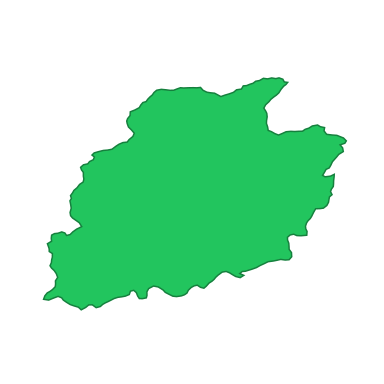 outline of Pitangui, Minas Gerais, Brazil, rotated 264°
{"feature_id": "56859067B91667703036850", "entity_name": "Pitangui", "entity_type": "district", "adm_level": 2, "iso_a3": "BRA", "parent_name": "Brazil", "parent_adm1": "Minas Gerais", "projection": "equal_earth", "projection_center": [-44.886, -19.589], "detail": "fine", "context": "isolated", "style": "filled", "palette": "green", "viewbox_px": 384, "rotation_deg": 264, "n_neighbors": 0, "source": "geoboundaries", "source_scale": "gbopen_adm2", "svg_char_len": 3551}
<svg xmlns="http://www.w3.org/2000/svg" viewBox="0 0 384 384"><g transform="rotate(264 192 192)"><path d="M226.7,350.8L229.9,348.3L231.4,345.4L233.2,342.0L234.1,337.0L235.3,331.9L239.0,329.7L242.2,330.6L243.5,326.5L245.5,323.9L245.1,318.5L243.3,314.9L242.5,311.1L240.9,308.2L241.2,304.9L241.4,300.5L242.0,296.6L242.1,291.9L240.8,288.0L239.6,284.0L241.4,280.5L243.7,277.3L245.3,274.2L248.9,274.0L252.4,273.2L255.2,273.6L258.9,274.6L262.4,274.6L264.9,273.7L267.9,272.2L271.1,274.4L273.7,277.9L275.9,280.1L277.8,283.0L279.5,286.0L281.5,288.7L284.8,291.3L287.6,294.2L289.1,296.7L291.0,298.6L291.8,295.3L294.7,294.1L296.4,290.5L296.0,287.2L297.1,283.2L296.6,279.0L297.6,274.9L295.8,270.8L295.5,266.9L293.8,264.2L293.1,260.8L292.1,257.4L292.2,254.1L289.2,251.9L289.0,247.0L286.8,243.7L285.7,239.2L284.9,234.8L283.9,230.7L286.2,227.3L287.9,224.8L288.7,220.9L289.7,217.2L292.0,213.6L295.1,211.4L295.1,207.7L295.6,204.1L296.0,199.5L296.3,194.6L296.9,191.4L296.1,188.0L295.1,184.4L295.4,180.8L296.4,176.6L297.3,172.2L296.9,167.5L294.9,164.6L292.6,162.6L291.0,160.2L288.9,157.7L286.7,155.8L286.1,152.5L283.9,150.2L281.4,148.4L279.5,143.7L278.2,139.0L274.5,138.4L271.7,135.6L269.4,134.5L266.9,134.7L263.3,135.6L259.9,138.4L256.5,140.7L253.4,139.0L250.7,134.9L248.4,132.8L248.4,128.5L247.1,124.3L245.5,121.2L242.9,116.9L242.5,112.4L242.6,108.2L241.9,103.2L241.1,98.8L239.2,96.4L237.0,98.6L234.4,97.2L233.0,93.3L230.9,91.3L230.4,86.9L228.2,83.8L225.6,84.4L222.8,86.0L219.1,85.6L216.2,85.8L213.3,84.8L211.3,81.0L208.3,78.2L205.9,74.7L203.6,73.1L201.1,70.8L198.2,71.4L196.0,69.7L192.6,70.0L188.5,70.2L184.4,68.6L181.1,68.8L178.6,70.5L176.2,73.3L173.2,76.7L169.1,78.7L167.2,73.5L165.0,69.6L162.4,66.3L161.9,62.7L164.5,61.3L165.9,58.3L165.0,54.4L165.0,50.9L163.8,47.9L160.7,47.2L157.7,47.2L155.7,42.8L153.2,43.4L150.5,44.0L147.7,43.8L145.4,46.7L141.8,46.3L139.1,45.3L136.5,44.8L133.5,43.1L131.1,44.3L128.2,46.8L125.0,48.5L121.1,49.5L117.9,46.9L114.8,46.7L112.1,46.1L109.6,43.1L108.0,40.4L106.8,37.5L104.1,34.8L100.8,33.2L99.5,38.2L101.0,43.3L102.2,47.9L100.4,51.3L98.0,52.7L95.5,55.6L92.8,59.1L91.1,62.7L89.3,67.0L86.4,69.5L88.3,74.2L90.5,77.5L90.2,81.1L87.0,84.6L87.7,88.9L89.6,91.5L90.8,94.2L91.8,97.2L92.9,100.1L94.2,103.4L95.0,107.3L95.1,111.0L95.4,114.8L96.6,118.9L99.8,120.4L100.3,123.8L97.8,126.1L94.2,127.1L91.5,128.5L91.1,131.7L91.5,135.5L93.8,136.4L97.4,136.7L100.5,138.8L102.5,143.9L101.1,148.5L99.4,150.7L97.5,153.1L95.0,154.9L92.9,158.1L90.4,162.0L89.6,165.7L89.8,170.6L90.6,173.8L92.0,176.4L94.7,178.1L97.1,181.2L98.4,184.2L98.8,187.5L96.3,190.5L95.1,193.8L96.8,196.3L99.7,199.5L101.1,202.4L102.8,204.8L104.7,206.7L106.7,209.4L109.2,213.7L109.4,217.7L107.7,220.9L105.6,223.6L103.4,226.6L101.8,231.0L103.7,234.8L105.9,231.0L107.7,233.6L107.6,236.8L108.3,240.2L108.9,243.3L110.1,248.2L111.8,252.1L113.1,256.0L114.7,260.3L114.9,265.9L115.2,269.1L115.7,273.2L114.6,277.6L114.5,281.5L117.2,284.4L121.4,284.6L124.8,282.6L127.7,282.8L131.0,282.9L134.2,282.0L137.0,282.2L139.0,285.1L139.4,288.7L137.7,291.7L137.1,295.8L137.0,301.6L140.8,302.3L143.4,301.3L146.2,301.3L149.4,302.8L151.4,304.5L153.2,306.8L155.2,308.4L158.9,310.7L162.4,313.2L162.1,317.6L162.2,321.0L164.5,324.7L167.5,326.7L169.8,327.3L172.8,328.2L174.7,331.0L177.9,329.8L180.3,331.0L182.7,333.1L185.2,333.6L188.3,334.0L192.2,334.9L194.7,335.3L193.3,331.4L193.2,325.9L194.9,323.6L197.5,325.6L200.5,327.7L201.6,331.0L204.2,332.9L207.4,334.8L209.7,337.3L211.6,339.4L214.1,341.9L216.4,346.7L220.2,346.4L223.4,344.2L224.5,349.1L226.7,350.8Z" fill="#22c55e" stroke="#15803d" stroke-width="1.5"/></g></svg>